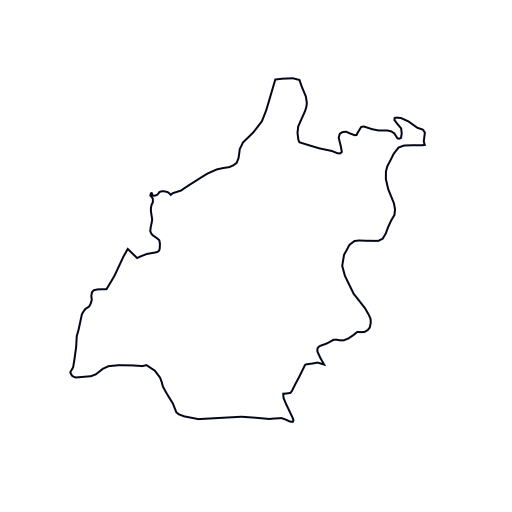 Phuoc Long, Bình Phước, Vietnam (Robinson projection), rotated 295°
{"feature_id": "81297802B44117863394749", "entity_name": "Phuoc Long", "entity_type": "district", "adm_level": 2, "iso_a3": "VNM", "parent_name": "Vietnam", "parent_adm1": "Bình Phước", "projection": "robinson", "projection_center": [107.01, 11.824], "detail": "fine", "context": "isolated", "style": "outline", "palette": "ink", "viewbox_px": 512, "rotation_deg": 295, "n_neighbors": 0, "source": "geoboundaries", "source_scale": "gbopen_adm2", "svg_char_len": 3325}
<svg xmlns="http://www.w3.org/2000/svg" viewBox="0 0 512 512"><g transform="rotate(295 256 256)"><path d="M424.1,198.9L401.1,202.4L392.1,203.7L380.8,204.4L379.2,204.1L369.8,202.0L366.8,201.3L360.4,198.9L353.4,196.2L350.4,196.2L346.0,196.1L342.6,197.2L337.4,198.8L332.2,199.1L328.7,197.2L325.3,194.3L323.2,191.1L321.5,188.6L318.0,184.0L317.0,183.1L310.1,177.1L307.7,175.5L302.3,172.0L292.0,165.4L286.6,162.1L283.6,160.4L277.9,154.1L275.4,152.9L275.8,151.9L276.3,150.3L276.5,149.2L276.5,148.5L275.9,145.8L275.3,144.0L274.9,143.5L274.2,142.5L273.2,141.5L272.6,141.3L271.5,141.2L270.1,140.7L269.0,140.0L267.7,138.5L267.4,137.8L267.3,136.7L267.4,136.1L268.0,135.7L268.6,135.5L268.9,135.0L268.8,134.6L268.5,134.3L268.0,134.3L267.6,134.4L266.0,134.8L265.7,135.9L265.2,137.0L264.3,138.2L263.3,138.8L261.4,139.7L260.5,139.8L258.5,139.7L255.3,140.4L252.2,141.8L246.1,145.9L244.4,146.8L237.3,148.5L234.0,149.6L232.4,151.1L231.2,153.4L231.1,153.8L230.3,158.6L229.5,161.5L228.8,162.2L226.4,163.8L222.3,165.5L220.4,165.9L219.3,165.7L218.2,165.0L217.3,164.1L216.4,162.9L212.9,157.9L211.6,156.1L207.1,151.8L203.9,149.1L208.2,136.8L199.2,136.1L188.0,136.1L178.5,136.1L171.9,135.5L162.7,134.5L159.0,126.9L156.5,123.5L153.9,122.7L150.2,123.6L146.9,125.7L143.3,126.3L139.7,126.1L135.8,123.7L133.3,123.2L129.8,122.8L123.2,124.3L114.5,126.3L107.7,127.4L97.4,131.5L86.0,135.0L77.9,137.3L72.2,136.8L70.6,138.5L69.6,140.3L69.6,143.7L71.2,146.6L77.3,157.2L81.0,160.8L89.1,164.9L91.7,167.1L93.8,168.9L99.0,177.7L104.5,190.0L108.2,199.5L110.8,202.9L109.3,212.8L105.2,220.5L101.9,223.8L98.2,226.9L93.7,233.1L87.1,243.1L80.7,249.8L79.9,252.9L80.3,258.6L83.8,272.7L104.1,310.6L105.9,315.2L109.1,323.6L113.9,336.9L116.0,340.5L119.9,347.7L120.3,351.9L120.3,356.8L121.2,359.4L122.9,359.4L125.0,357.4L134.4,346.0L138.9,341.0L142.7,338.9L143.7,340.8L146.4,345.0L148.8,345.6L157.0,345.8L163.7,346.2L172.9,346.4L178.1,346.5L179.0,347.3L183.0,353.5L185.4,356.8L186.4,363.6L190.9,357.3L195.4,352.0L197.4,351.1L198.7,350.8L200.1,351.2L201.6,352.1L206.7,357.2L212.2,361.3L212.6,361.3L213.4,362.8L214.1,364.1L215.0,367.5L216.6,371.1L220.2,374.5L225.3,377.6L228.6,379.2L230.0,379.9L231.6,383.9L233.0,386.4L236.2,388.6L239.3,389.3L243.5,388.4L247.2,386.6L250.2,383.3L254.7,376.9L259.8,366.9L263.0,360.5L274.1,346.8L275.8,344.8L283.5,338.3L294.2,335.3L298.6,335.6L305.6,336.0L309.1,337.8L311.2,338.9L313.7,343.0L316.3,349.3L321.4,360.5L323.9,362.4L325.2,363.5L331.3,364.1L338.0,363.5L345.1,363.5L351.8,364.1L357.0,362.3L362.1,358.7L372.5,347.5L380.6,341.2L387.6,338.0L392.9,337.1L399.7,337.4L406.9,337.6L412.1,338.8L414.6,339.4L418.7,343.5L422.9,351.8L426.4,359.4L428.0,362.0L430.6,359.7L439.2,356.9L440.8,354.4L441.0,353.4L440.4,348.0L442.4,337.3L442.3,329.1L440.9,325.0L439.7,323.4L437.7,324.0L435.5,328.2L433.0,333.6L428.6,336.3L424.3,337.5L422.9,336.3L422.4,334.5L425.6,329.5L426.1,325.9L425.2,321.8L421.5,313.8L420.0,307.6L418.9,298.9L417.4,296.8L410.3,296.0L408.2,296.0L407.2,294.5L406.8,289.7L406.7,285.1L404.9,282.1L402.3,280.3L398.2,280.9L391.4,286.4L386.6,289.8L384.6,289.0L383.6,286.7L383.2,280.2L380.3,267.8L378.6,256.1L377.5,247.8L377.4,247.3L379.2,245.3L385.1,241.6L388.3,240.5L391.2,239.5L407.9,239.2L412.1,238.7L416.0,237.5L421.6,233.8L428.9,225.8L433.9,221.0L432.7,214.4L427.8,204.9L424.1,198.9Z" fill="none" stroke="#020617" stroke-width="2"/></g></svg>